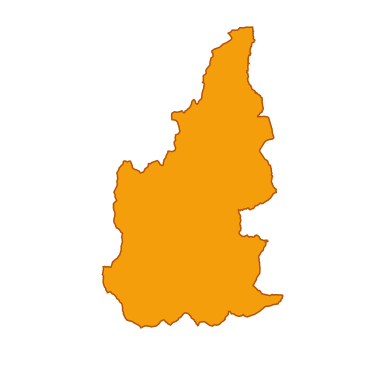 the district of Gutierrez, Cundinamarca, Colombia, rotated 159°
{"feature_id": "7082276B81607820591888", "entity_name": "Gutierrez", "entity_type": "district", "adm_level": 2, "iso_a3": "COL", "parent_name": "Colombia", "parent_adm1": "Cundinamarca", "projection": "albers", "projection_center": [-74.067, 4.149], "detail": "fine", "context": "isolated", "style": "filled", "palette": "amber", "viewbox_px": 384, "rotation_deg": 159, "n_neighbors": 0, "source": "geoboundaries", "source_scale": "gbopen_adm2", "svg_char_len": 5971}
<svg xmlns="http://www.w3.org/2000/svg" viewBox="0 0 384 384"><g transform="rotate(159 192 192)"><path d="M288.7,85.3L288.4,83.5L283.9,83.9L279.7,81.9L278.5,80.7L273.9,79.8L272.8,79.9L270.0,80.9L267.8,82.4L264.5,82.9L263.8,82.3L263.0,79.9L262.1,78.9L261.8,77.7L259.8,75.5L256.7,77.0L253.2,77.0L251.3,77.5L250.3,78.1L249.8,78.8L247.4,79.1L243.5,81.4L241.2,81.6L238.7,79.2L238.3,77.5L237.6,76.5L237.8,74.7L235.9,72.0L235.7,70.0L235.1,69.1L235.3,67.5L234.6,66.1L234.5,65.2L233.8,65.4L232.3,67.1L231.2,67.7L227.3,66.6L226.4,65.9L223.7,61.7L221.2,59.5L218.2,60.0L216.9,58.9L214.7,58.6L213.1,58.9L211.7,59.7L207.8,60.7L206.6,61.3L206.7,62.0L205.7,63.1L201.9,64.7L200.7,67.3L200.1,66.9L199.3,66.9L198.8,64.1L196.8,63.3L195.3,61.1L193.2,59.5L192.4,59.0L190.3,58.7L188.7,58.8L188.2,59.2L187.1,57.1L185.2,55.6L177.0,55.4L171.7,56.4L164.2,58.9L161.8,58.0L158.4,57.6L156.6,57.8L151.8,56.7L150.6,58.0L148.1,58.4L147.4,59.6L145.9,60.5L144.5,62.4L144.4,63.1L144.8,63.5L151.7,66.5L153.0,66.7L153.9,67.7L156.2,67.3L162.5,71.4L163.5,72.9L163.9,75.2L164.8,76.1L165.9,76.4L166.0,77.6L168.5,82.9L163.1,87.3L162.6,88.6L158.0,91.7L155.6,97.1L155.4,98.8L154.3,101.6L154.0,104.2L153.5,104.8L153.2,107.0L152.4,108.5L150.7,109.5L148.3,111.6L146.9,111.7L144.7,114.5L142.5,115.7L141.5,117.2L141.5,119.0L139.0,118.6L138.8,119.7L139.3,120.2L142.5,121.1L145.1,123.4L145.4,126.1L146.6,128.2L147.5,128.7L148.5,128.7L149.0,128.6L149.9,127.6L150.3,127.6L152.9,129.2L155.2,129.7L155.9,132.0L158.8,131.7L160.7,132.4L162.5,135.2L162.8,136.0L162.7,137.0L162.4,137.7L160.4,138.8L159.7,139.7L159.1,141.3L159.2,142.4L158.7,143.3L158.9,144.2L158.7,145.4L156.7,147.5L156.3,150.5L155.5,151.6L155.3,153.1L155.7,154.8L155.6,156.8L154.9,158.7L153.8,157.3L152.5,157.9L151.2,156.8L149.8,157.5L148.4,157.2L147.6,156.7L145.3,157.2L145.0,156.7L144.9,155.5L144.1,154.6L142.6,154.8L140.4,154.6L137.8,156.5L135.9,156.0L132.3,157.1L131.3,156.2L129.9,156.0L125.2,157.0L124.2,156.9L123.1,157.6L121.5,157.9L117.6,160.4L116.9,161.3L114.5,161.5L113.6,161.3L113.3,161.6L113.3,162.9L112.4,164.4L113.3,165.7L114.1,167.7L114.2,170.4L114.0,171.0L114.4,172.9L113.4,174.8L112.5,175.8L112.4,176.8L111.2,177.6L111.2,178.4L111.8,179.5L110.7,180.8L110.6,182.5L109.6,185.6L109.8,186.6L109.3,188.0L109.4,188.9L110.5,189.9L110.3,193.4L110.5,194.4L112.2,196.5L114.1,205.0L114.0,206.8L106.9,212.1L105.3,213.0L103.1,213.4L100.5,213.2L98.0,212.6L96.7,213.0L96.1,213.4L95.8,218.5L94.8,222.0L93.9,234.1L95.0,235.3L97.3,236.6L104.4,238.9L103.3,239.0L102.9,239.8L101.5,240.1L100.7,241.0L97.9,241.6L97.2,242.9L96.6,243.1L95.5,244.4L95.3,246.7L94.5,249.6L94.6,250.3L93.1,253.6L93.2,254.3L92.9,254.7L93.8,256.0L93.6,257.2L94.1,257.7L94.1,258.1L95.9,260.3L95.8,260.9L96.1,261.0L96.5,261.8L97.0,261.6L97.4,262.0L97.0,263.2L97.5,264.5L98.8,265.8L99.2,267.1L98.9,268.8L99.3,269.6L99.0,270.2L100.0,272.4L99.9,275.1L100.3,275.6L99.6,276.8L99.7,277.9L98.4,278.9L98.0,280.0L97.4,282.8L98.1,284.1L97.3,285.2L96.9,285.1L97.0,285.4L96.4,285.3L95.4,287.2L95.4,287.9L94.6,290.0L94.1,290.4L93.6,292.3L93.1,292.5L92.8,292.2L93.1,293.4L92.7,294.3L92.3,294.4L92.2,294.9L92.5,294.9L92.1,295.7L92.2,296.1L91.5,296.3L91.5,297.1L90.7,298.0L90.1,299.3L89.4,298.9L88.5,299.0L88.2,299.9L87.6,300.0L87.4,300.8L87.8,301.3L87.8,301.8L86.7,303.8L86.6,304.6L85.5,305.5L85.1,306.5L84.3,306.6L82.6,309.8L80.5,309.7L79.0,311.1L79.0,311.8L79.5,312.1L79.9,313.3L79.0,314.4L78.8,316.6L77.9,318.4L77.7,319.8L77.0,320.0L77.2,320.9L76.3,324.2L80.2,325.5L81.5,326.3L85.3,326.8L88.6,328.3L90.5,327.1L91.3,326.9L93.7,327.5L95.8,328.5L96.6,328.6L98.5,327.4L101.3,327.3L100.3,324.9L99.6,321.8L100.1,320.8L100.9,320.2L106.4,319.0L110.1,318.9L114.3,317.2L120.0,317.4L123.0,316.5L123.3,315.4L122.9,313.3L123.9,311.1L124.9,310.5L126.3,310.2L128.8,306.5L129.6,304.2L134.5,301.5L135.7,300.0L135.8,298.9L136.4,297.7L138.0,296.9L139.1,296.8L139.9,296.3L141.4,292.0L141.8,291.2L142.9,290.7L142.7,290.1L141.7,289.2L141.9,288.1L142.9,286.8L143.8,284.8L146.8,281.2L149.7,275.6L151.0,275.3L153.3,274.2L154.5,272.7L155.7,272.1L156.8,273.9L156.4,275.5L156.6,276.9L157.3,277.5L158.5,277.3L159.7,276.4L161.4,273.9L163.5,272.0L164.7,271.3L166.5,270.9L167.7,270.1L169.5,270.0L170.2,269.0L170.8,268.7L171.4,269.0L172.5,271.5L174.7,271.3L176.2,271.7L177.5,271.8L179.6,273.2L182.5,272.7L183.7,270.7L184.8,266.7L182.4,265.4L181.3,264.3L180.5,262.8L180.9,256.4L181.4,255.0L181.3,253.5L181.6,252.9L184.1,251.1L186.8,251.2L188.4,248.4L188.7,246.3L190.4,245.4L191.0,244.3L191.4,243.1L191.5,239.0L192.4,237.5L193.3,236.9L195.9,236.8L199.6,238.7L200.1,238.3L200.7,237.0L202.7,235.6L204.4,233.3L206.4,232.2L207.9,230.1L209.1,227.7L210.3,227.4L211.8,228.8L212.4,232.5L213.3,233.8L219.4,233.9L220.7,233.2L222.3,234.1L222.6,234.0L223.2,232.5L223.9,231.7L225.8,230.8L227.3,230.7L228.8,229.1L230.3,228.1L233.4,228.2L233.7,230.2L236.4,233.0L237.6,233.8L238.8,235.9L238.4,238.2L238.4,242.7L239.4,243.3L241.7,243.4L242.7,244.5L244.0,245.2L244.9,245.2L245.4,244.8L245.8,243.6L246.8,242.5L248.7,242.1L249.4,241.4L251.1,240.8L253.5,238.0L255.0,237.1L255.5,236.3L255.6,234.3L256.4,232.2L256.4,231.0L258.2,229.2L259.0,225.9L259.7,224.7L265.0,219.8L264.7,217.0L265.7,214.9L265.3,211.0L268.5,209.8L269.8,208.9L270.0,207.8L271.1,205.3L271.4,202.8L271.2,201.4L271.7,199.2L272.2,198.1L275.1,193.8L275.7,191.3L275.3,189.2L275.4,185.7L275.1,185.2L273.9,184.2L272.9,181.4L272.7,179.9L271.6,178.3L273.9,175.1L274.0,173.0L274.7,170.6L277.7,166.5L278.9,163.2L282.2,159.0L283.4,158.5L285.5,156.9L287.4,156.5L291.2,155.1L294.4,151.0L295.1,151.0L296.4,152.0L298.7,152.7L300.1,153.7L301.7,154.0L301.6,153.4L303.0,150.5L304.4,148.0L305.2,147.3L304.7,145.2L305.6,143.9L305.7,142.6L306.4,141.9L307.5,138.9L307.7,134.8L307.1,132.9L307.5,131.1L306.9,129.3L307.1,128.3L303.9,128.2L303.2,125.8L301.7,124.5L300.4,121.3L300.4,119.5L299.1,117.7L298.6,114.6L297.9,113.8L297.5,112.4L298.4,108.5L299.3,106.2L299.1,104.0L299.8,102.6L299.3,97.9L298.6,95.7L295.9,93.6L294.4,92.8L293.2,90.9L289.6,86.8L288.7,85.3Z" fill="#f59e0b" stroke="#b45309" stroke-width="1.5"/></g></svg>